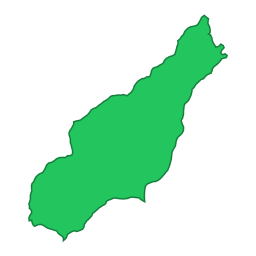 Cosmorama, São Paulo, Brazil (orthographic projection)
{"feature_id": "56859067B61665371407041", "entity_name": "Cosmorama", "entity_type": "district", "adm_level": 2, "iso_a3": "BRA", "parent_name": "Brazil", "parent_adm1": "São Paulo", "projection": "orthographic", "projection_center": [-49.768, -20.425], "detail": "fine", "context": "isolated", "style": "filled", "palette": "green", "viewbox_px": 256, "rotation_deg": 0, "n_neighbors": 0, "source": "geoboundaries", "source_scale": "gbopen_adm2", "svg_char_len": 3021}
<svg xmlns="http://www.w3.org/2000/svg" viewBox="0 0 256 256"><path d="M73.7,121.8L73.9,123.8L72.8,125.9L71.4,128.6L69.8,130.8L69.0,132.9L69.2,135.2L70.2,138.0L70.4,140.5L70.3,142.6L71.2,144.9L71.6,146.9L72.4,149.8L72.7,152.5L72.0,154.9L69.7,155.7L67.7,155.7L65.3,157.5L62.8,157.4L59.9,157.5L56.9,158.6L54.0,160.9L51.7,162.3L48.8,163.0L46.8,164.8L45.7,167.2L44.9,169.1L42.7,172.5L39.7,173.8L38.2,174.9L36.4,176.4L34.8,179.0L33.7,181.8L32.1,183.4L31.5,185.5L31.6,188.8L31.8,190.9L30.9,193.2L30.3,196.2L30.5,198.8L29.9,201.1L28.9,203.8L29.5,206.4L29.4,208.4L31.6,210.4L31.4,213.4L29.8,215.6L28.9,218.0L29.2,220.8L31.6,220.2L32.3,223.1L33.2,224.9L34.6,226.3L36.5,225.4L38.3,224.6L40.7,224.4L43.1,225.2L45.2,226.6L48.0,228.3L50.6,229.0L52.8,229.7L54.7,230.3L56.8,231.0L58.1,233.2L60.1,234.9L62.0,236.0L63.4,237.7L63.4,240.6L66.1,238.1L67.6,234.3L69.6,233.0L71.9,231.6L74.6,230.7L76.5,231.5L78.9,230.8L82.6,229.2L84.0,226.8L84.3,224.3L85.5,222.9L86.8,220.7L88.5,219.4L90.0,217.7L91.6,216.0L92.8,213.3L94.6,211.9L97.2,209.7L98.8,208.0L100.6,206.9L102.4,205.6L104.1,204.9L105.6,203.7L106.7,201.0L108.4,200.2L111.8,198.9L113.5,198.1L115.8,198.0L117.6,198.4L121.0,198.8L124.0,198.9L127.7,198.4L130.5,197.3L132.6,197.1L136.5,197.6L139.0,197.8L141.0,199.6L144.7,201.8L144.4,197.6L144.4,195.6L144.5,192.7L144.8,189.3L145.4,186.4L147.2,184.0L153.1,181.6L155.5,181.5L158.1,180.3L160.0,178.9L161.7,177.3L162.9,175.8L164.8,173.7L166.3,171.7L167.7,170.2L169.1,166.7L170.1,163.8L171.3,158.8L171.6,155.9L172.0,152.5L173.0,150.0L174.0,148.3L175.4,145.8L175.8,143.4L176.1,141.3L177.1,138.5L178.3,136.8L180.0,135.3L182.0,133.3L183.4,130.7L183.6,127.1L182.1,123.8L181.1,120.5L182.6,117.9L183.5,114.2L183.5,111.5L183.8,108.2L184.2,105.3L185.2,103.4L187.3,101.8L188.9,99.7L189.8,97.8L190.8,95.6L191.6,93.1L192.1,89.3L193.9,87.6L195.6,84.8L197.9,82.5L201.0,79.5L203.6,78.7L205.2,76.6L206.9,75.0L208.5,74.1L211.0,73.2L212.0,70.8L212.4,68.8L214.1,66.5L216.6,64.7L218.5,62.9L220.6,60.5L221.8,58.7L223.8,58.2L226.4,57.5L227.1,55.5L225.0,53.8L222.5,54.8L220.7,52.9L221.8,50.1L224.1,47.7L223.2,45.6L220.8,44.1L218.8,46.3L215.9,47.2L214.2,44.4L212.9,42.2L212.1,40.0L211.9,38.0L210.5,34.9L208.5,34.2L210.1,32.7L210.1,29.8L209.5,26.6L208.0,23.7L208.0,21.5L208.5,18.8L205.7,16.7L204.3,15.4L201.6,17.4L200.5,19.9L199.2,22.1L198.2,23.9L196.8,25.3L194.3,26.1L190.3,26.9L187.5,28.5L184.7,31.5L183.6,34.4L181.6,36.4L179.9,39.1L177.7,40.8L178.2,43.3L177.1,46.2L176.1,50.3L174.7,54.6L172.3,55.8L169.4,56.7L166.4,58.4L164.5,60.4L163.0,63.4L159.8,65.1L157.2,66.8L155.1,67.4L153.2,68.1L151.6,70.4L150.9,73.5L149.8,76.6L146.8,76.9L144.4,78.4L142.2,78.6L139.9,79.9L138.0,81.2L136.4,83.0L134.3,86.0L133.1,89.7L131.0,92.5L128.7,94.3L127.3,95.7L125.2,95.1L123.2,94.6L120.9,95.2L117.7,95.0L114.6,95.6L112.5,95.7L110.6,96.4L108.6,98.5L106.2,100.2L103.8,101.5L101.4,103.6L98.4,105.6L96.5,107.4L93.2,108.7L91.1,110.0L89.9,112.0L88.2,114.1L86.5,115.6L84.3,117.2L82.2,118.7L80.7,120.0L78.4,120.6L76.3,121.0L73.7,121.8Z" fill="#22c55e" stroke="#15803d" stroke-width="1.5"/></svg>